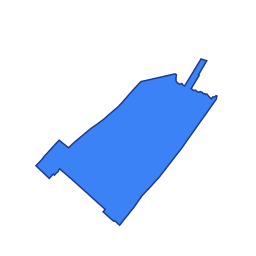 Rusetu, Buzau, Romania, rotated 23°
{"feature_id": "2599482B81543600541276", "entity_name": "Rusetu", "entity_type": "district", "adm_level": 2, "iso_a3": "ROU", "parent_name": "Romania", "parent_adm1": "Buzau", "projection": "albers", "projection_center": [27.21, 44.945], "detail": "fine", "context": "isolated", "style": "filled", "palette": "blue", "viewbox_px": 256, "rotation_deg": 23, "n_neighbors": 0, "source": "geoboundaries", "source_scale": "gbopen_adm2", "svg_char_len": 4613}
<svg xmlns="http://www.w3.org/2000/svg" viewBox="0 0 256 256"><g transform="rotate(23 128 128)"><path d="M158.7,219.4L158.7,219.2L158.8,219.1L158.9,218.7L159.0,218.4L159.2,217.4L159.7,215.5L159.9,214.8L161.4,209.5L161.8,208.4L162.1,207.3L162.3,206.3L162.4,206.0L163.1,203.2L164.4,199.0L165.1,195.6L165.8,192.1L166.5,188.8L166.8,187.9L167.1,186.6L166.8,186.3L168.6,181.6L170.1,177.3L170.2,177.1L170.2,176.8L170.2,176.7L170.3,176.4L170.6,176.5L171.0,175.2L171.7,173.2L173.1,169.2L174.6,164.7L175.3,163.0L175.9,161.1L176.1,160.6L176.5,158.8L176.9,157.3L178.0,153.4L178.6,151.2L178.9,150.0L179.0,149.3L179.4,147.8L179.6,147.2L179.9,145.8L180.5,143.7L181.0,141.8L181.6,139.3L181.7,139.1L182.1,137.9L182.2,137.2L182.8,135.0L183.8,131.2L185.5,124.7L185.8,123.3L186.1,121.8L186.5,120.0L187.0,117.3L188.2,112.0L189.3,106.9L189.7,105.1L189.8,104.9L190.7,100.5L191.8,95.6L192.1,94.0L192.6,91.8L193.8,86.5L195.1,80.3L195.4,78.9L197.3,70.2L198.0,66.9L197.9,66.5L197.4,64.2L197.4,63.8L197.3,63.7L197.2,63.7L196.9,63.8L196.5,63.9L196.2,64.3L195.3,65.7L193.8,66.4L193.2,68.6L192.8,68.6L192.4,68.5L191.9,68.2L191.2,67.9L190.7,67.7L190.3,67.5L190.1,67.4L189.7,67.2L189.1,66.9L187.9,66.1L187.7,66.0L187.4,66.0L187.2,66.0L186.7,66.5L186.3,66.9L186.1,66.8L185.6,66.5L185.4,66.4L184.9,66.5L184.6,66.6L183.9,67.1L183.6,67.0L183.3,66.7L183.1,66.5L182.7,66.3L182.5,66.2L182.3,66.2L182.1,66.2L181.7,66.4L181.4,66.4L181.0,66.2L180.5,66.1L180.0,66.5L179.6,67.1L179.4,67.4L179.3,67.5L179.1,67.5L178.8,67.4L178.5,67.4L178.2,67.4L177.8,67.5L177.2,67.5L176.8,67.4L176.2,67.1L175.8,66.9L175.6,66.8L175.3,66.8L174.9,67.0L174.3,67.6L173.8,67.8L173.6,67.9L173.3,67.8L172.4,67.4L172.0,67.3L171.6,67.3L171.3,67.3L170.9,67.2L170.7,67.1L170.8,66.9L172.3,56.0L172.4,55.3L172.5,55.3L172.5,55.2L172.7,53.8L172.9,51.6L172.1,51.5L173.4,41.5L174.2,35.3L170.9,35.7L169.0,35.9L168.7,35.9L168.2,35.9L168.2,36.0L168.1,37.2L167.2,42.9L166.8,45.7L165.5,55.0L164.6,61.0L164.3,63.0L164.0,65.1L163.7,67.2L162.8,67.1L162.1,67.0L161.2,66.6L160.7,66.2L160.3,66.1L159.9,66.1L159.6,66.3L159.2,67.2L159.1,67.3L158.4,67.6L158.0,67.5L157.7,67.4L157.2,67.2L156.9,67.1L156.5,67.2L156.0,67.3L155.6,67.2L155.0,66.7L154.3,66.3L154.0,66.0L153.8,65.8L153.5,65.2L153.4,65.0L153.4,64.8L153.0,64.0L152.7,63.3L152.6,63.0L152.5,62.8L152.4,62.4L152.3,62.1L152.2,61.9L152.1,61.5L152.0,61.2L152.0,60.9L152.0,60.6L151.9,60.4L151.6,60.0L151.3,59.9L151.1,59.9L150.3,59.8L150.1,59.8L123.8,78.8L123.2,79.2L122.9,79.4L121.9,80.1L121.0,82.2L119.1,87.5L119.0,87.8L118.8,88.3L117.5,91.7L117.3,92.5L116.1,96.1L115.3,98.7L115.0,99.4L114.7,100.7L114.4,101.4L114.3,101.7L114.1,102.3L113.8,103.2L113.6,103.8L113.4,104.5L113.3,104.8L113.2,105.1L113.1,105.4L112.9,106.0L112.8,106.3L112.7,106.7L112.5,107.1L112.4,107.4L112.4,107.5L112.3,107.9L112.2,108.0L112.1,108.3L111.9,108.9L111.7,109.3L111.6,109.6L111.5,109.9L111.5,110.1L111.3,110.5L111.1,111.0L111.0,111.4L110.4,112.7L109.8,114.0L109.2,115.1L105.2,123.2L103.8,126.1L102.3,129.3L97.4,137.6L94.5,142.2L94.4,142.4L93.9,143.2L93.5,143.9L84.4,161.7L81.6,168.0L80.9,169.4L79.7,169.1L79.4,169.0L77.0,168.3L74.5,167.6L74.2,167.5L72.7,167.1L70.8,166.5L69.5,166.1L69.4,166.1L68.7,167.9L67.0,172.7L66.2,174.8L65.6,176.5L65.3,177.5L64.7,179.2L64.3,180.2L64.1,180.9L63.6,182.5L63.4,182.9L63.3,183.2L63.2,183.5L63.1,183.8L62.7,184.9L62.6,185.2L62.4,185.6L62.1,186.5L61.9,187.0L61.8,187.3L61.7,187.6L61.6,187.9L61.8,188.0L61.8,188.3L61.6,189.2L61.3,189.7L60.8,191.1L60.7,191.5L60.4,192.4L60.1,193.0L59.9,193.8L59.7,194.1L59.6,194.6L59.5,194.8L59.4,195.2L59.2,195.5L59.0,196.2L58.8,196.7L58.6,197.1L58.5,197.3L58.4,197.7L58.3,198.0L58.2,198.3L58.0,198.7L58.8,199.0L60.1,199.5L60.9,199.8L62.1,200.2L63.3,200.7L64.9,201.3L65.1,201.3L66.1,201.7L66.7,202.0L66.9,202.0L67.1,202.1L67.3,202.2L67.6,202.3L67.8,202.4L68.3,202.6L68.9,202.8L69.9,203.2L70.5,203.4L71.5,203.8L72.0,204.0L72.4,204.1L75.2,205.2L77.1,199.7L78.7,200.2L79.8,197.0L80.2,196.4L80.4,195.9L80.7,195.0L80.7,194.4L80.5,194.0L80.8,192.9L80.9,192.3L91.4,195.6L95.1,196.8L95.5,196.9L103.3,199.6L112.9,202.9L113.8,203.2L116.1,204.0L117.6,204.5L121.8,206.0L123.5,206.6L124.9,207.1L125.0,207.1L125.7,207.3L125.9,207.4L126.2,207.5L127.4,207.9L127.8,208.1L128.7,208.4L129.9,208.8L131.2,209.3L132.0,209.5L132.5,209.7L134.3,210.2L134.6,210.3L136.6,211.1L138.2,211.6L138.7,211.8L138.8,211.8L138.7,212.3L138.4,213.0L138.3,213.5L137.8,214.9L138.8,215.2L140.3,215.7L141.2,216.1L141.8,216.3L144.6,217.2L147.8,218.3L150.8,219.2L151.2,219.3L151.5,219.3L151.6,219.1L151.7,218.9L151.8,218.9L152.5,218.7L153.9,219.2L154.7,219.5L158.3,220.7L158.6,219.8L158.7,219.4Z" fill="#3b82f6" stroke="#1e3a8a" stroke-width="1.5"/></g></svg>